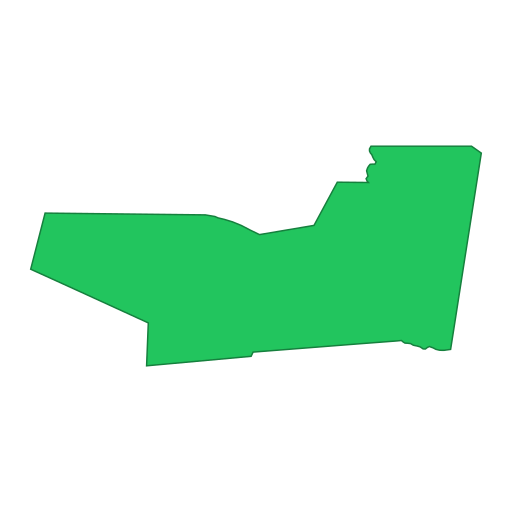 Alvorada do Gurguéia, Piauí, Brazil (orthographic projection)
{"feature_id": "56859067B91655037950210", "entity_name": "Alvorada do Gurguéia", "entity_type": "district", "adm_level": 2, "iso_a3": "BRA", "parent_name": "Brazil", "parent_adm1": "Piauí", "projection": "orthographic", "projection_center": [-43.876, -8.44], "detail": "fine", "context": "isolated", "style": "filled", "palette": "green", "viewbox_px": 512, "rotation_deg": 0, "n_neighbors": 0, "source": "geoboundaries", "source_scale": "gbopen_adm2", "svg_char_len": 942}
<svg xmlns="http://www.w3.org/2000/svg" viewBox="0 0 512 512"><path d="M481.3,153.1L471.5,146.2L371.0,146.2L369.5,148.9L369.5,151.0L370.4,153.0L371.8,154.7L372.9,157.3L374.1,159.6L376.2,161.8L374.9,164.2L372.9,164.1L370.2,164.3L368.6,166.2L367.5,168.1L366.6,170.8L367.4,173.9L368.0,176.1L366.1,178.7L367.1,181.0L368.4,182.5L337.3,182.2L314.0,225.4L259.5,234.6L250.2,230.1L241.4,225.5L232.6,221.9L224.4,219.4L218.1,217.9L214.9,216.5L205.4,214.9L45.1,213.1L35.3,251.3L31.6,265.7L30.7,269.2L35.7,271.5L78.8,291.1L148.3,322.9L146.6,365.8L251.1,356.3L253.1,352.1L359.2,343.8L396.0,341.0L401.4,340.5L403.2,342.0L405.0,343.1L407.3,343.2L410.6,343.6L413.3,345.2L415.1,345.6L417.1,346.0L420.2,346.9L423.1,348.9L425.4,349.0L427.3,347.5L429.4,346.5L431.2,347.2L433.2,347.9L435.8,349.3L439.5,350.2L441.8,350.3L444.2,350.3L446.2,350.0L450.6,349.4L453.9,328.4L455.4,318.8L464.1,262.9L481.3,153.1Z" fill="#22c55e" stroke="#15803d" stroke-width="1.5"/></svg>